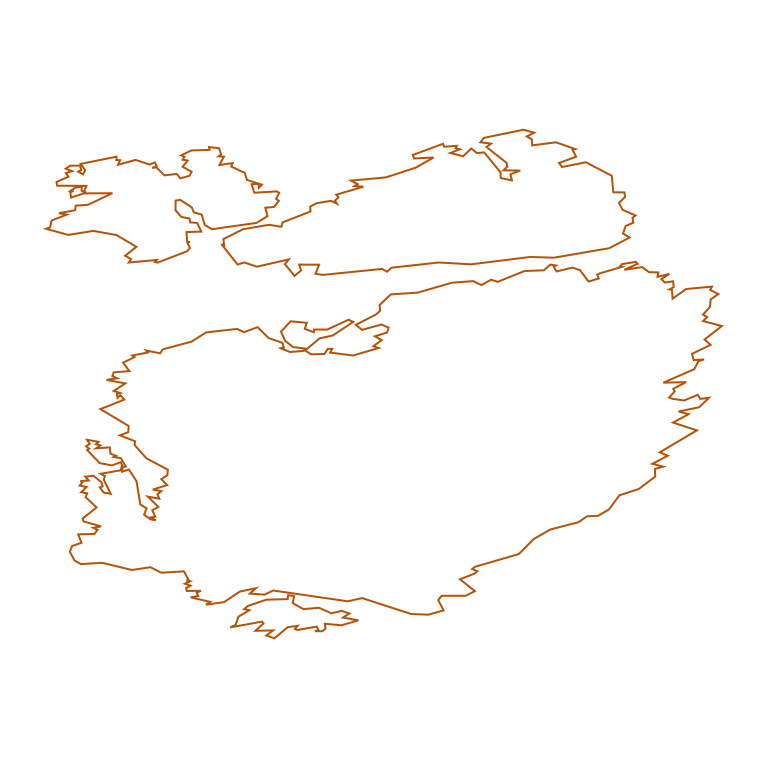 outline of Kristiansund nor, Møre og Romsdal, Norway
{"feature_id": "86288312B88311782618273", "entity_name": "Kristiansund nor", "entity_type": "district", "adm_level": 2, "iso_a3": "NOR", "parent_name": "Norway", "parent_adm1": "Møre og Romsdal", "projection": "robinson", "projection_center": [7.776, 63.078], "detail": "fine", "context": "isolated", "style": "outline", "palette": "amber", "viewbox_px": 768, "rotation_deg": 0, "n_neighbors": 0, "source": "geoboundaries", "source_scale": "gbopen_adm2", "svg_char_len": 6064}
<svg xmlns="http://www.w3.org/2000/svg" viewBox="0 0 768 768"><path d="M555.9,265.5L550.4,264.6L543.8,270.3L524.5,271.0L497.7,281.8L491.1,279.7L481.4,285.1L473.3,281.1L452.0,282.7L417.8,292.6L390.8,294.4L379.6,305.1L380.2,310.6L376.0,314.5L355.9,324.8L362.0,329.9L381.3,324.5L388.7,327.6L387.2,332.4L374.9,336.3L381.7,340.1L373.4,346.2L378.6,348.0L353.1,355.5L330.2,352.6L332.2,348.9L327.7,348.9L324.5,354.0L311.0,354.3L305.2,350.5L319.6,338.3L332.8,335.5L353.2,321.9L348.6,319.7L327.2,329.6L314.1,329.5L313.8,332.3L304.8,328.8L306.8,322.8L290.6,321.3L281.0,331.7L285.2,340.9L293.1,347.1L304.9,348.5L303.7,350.9L290.1,352.0L280.7,348.3L283.8,347.5L282.4,342.8L268.7,338.1L257.6,327.2L244.0,332.2L237.0,328.9L206.2,332.4L191.4,341.7L162.9,349.3L160.2,353.3L146.0,350.5L147.8,352.5L132.3,355.5L134.5,357.1L123.1,362.7L129.4,371.1L113.7,372.3L112.4,376.1L117.1,378.3L106.5,379.9L125.3,383.4L113.8,390.9L120.1,393.0L116.9,393.8L117.5,397.9L120.3,395.2L124.3,399.6L100.4,409.1L128.7,426.0L128.2,432.2L119.9,435.3L135.1,441.3L134.6,445.0L146.4,458.3L167.8,469.7L167.4,475.2L161.3,479.1L167.2,485.1L152.8,489.6L161.3,491.1L157.5,494.3L159.3,498.7L147.8,496.6L158.4,507.0L152.3,510.2L155.2,516.7L150.7,517.5L155.8,520.3L150.4,519.3L144.1,514.7L146.6,508.3L140.3,504.4L136.5,481.2L128.9,469.5L122.1,471.7L122.6,467.1L125.8,466.6L120.8,458.1L113.7,457.0L115.9,455.8L110.4,453.7L109.9,447.4L96.1,448.3L100.3,445.4L96.0,444.2L98.5,441.8L87.0,439.8L89.7,443.9L86.1,446.3L89.2,448.6L87.2,450.0L99.7,463.1L111.9,465.4L120.7,462.2L122.2,465.4L120.5,470.3L100.8,473.8L104.9,476.0L103.8,479.8L110.7,493.8L103.7,492.6L99.8,487.4L102.6,486.4L101.5,482.3L93.3,475.7L85.3,476.7L88.8,480.5L80.3,481.1L82.7,481.9L79.7,485.6L86.6,487.0L81.2,492.2L87.2,493.4L85.6,497.2L96.6,507.4L82.6,518.6L83.6,521.4L101.1,526.4L93.3,527.8L97.5,529.8L94.5,533.9L78.2,534.4L81.5,542.8L72.1,546.0L69.8,551.8L74.6,560.6L80.9,564.1L102.3,562.8L131.9,570.0L150.4,567.2L161.3,572.7L183.9,571.4L188.8,580.1L186.4,580.4L190.1,581.3L184.9,583.7L190.5,585.7L186.1,588.0L186.8,591.0L200.9,590.8L196.7,592.7L198.2,596.0L190.6,597.3L210.2,601.9L206.0,604.7L224.1,602.1L239.7,591.6L255.9,588.2L249.8,593.6L264.4,594.6L273.2,590.5L347.7,601.3L362.1,598.1L411.2,614.0L428.3,614.7L443.6,610.4L438.2,600.0L441.6,595.8L465.6,595.8L474.9,591.1L460.0,579.3L474.5,573.6L477.3,571.2L472.2,569.0L475.0,566.8L518.9,554.0L533.6,539.1L550.3,529.5L578.5,522.2L587.0,516.3L598.1,515.8L609.0,509.4L619.4,495.3L638.8,489.0L655.2,476.6L655.0,468.9L663.3,466.7L652.4,463.8L667.8,455.7L659.8,452.3L696.9,430.4L673.0,422.6L688.6,414.2L678.5,411.5L699.1,407.3L708.9,397.8L700.2,398.9L697.9,394.8L684.1,400.5L672.5,398.8L669.1,397.5L674.7,391.5L673.3,388.8L686.1,382.1L663.3,382.7L694.3,369.2L698.4,361.3L704.1,359.4L693.7,360.1L692.0,353.8L710.6,344.9L704.6,339.5L721.9,326.0L703.1,321.1L707.1,317.1L703.0,314.6L710.0,306.9L710.7,299.4L718.4,294.1L710.2,289.9L712.0,286.6L686.3,289.0L672.6,298.6L672.0,290.0L669.3,289.4L673.7,287.2L673.1,281.3L664.9,282.5L661.4,279.1L669.3,273.9L657.5,276.8L658.4,272.4L649.1,272.2L642.1,267.1L624.3,269.8L637.6,263.8L635.7,261.9L621.9,264.1L620.1,266.2L622.1,266.8L599.8,273.4L597.2,274.7L598.8,278.5L588.5,281.5L580.1,270.2L572.5,267.6L556.5,271.4L553.8,266.7L555.9,265.5ZM523.5,129.7L483.9,137.9L480.4,142.3L491.0,143.6L486.5,147.0L506.6,162.9L507.4,166.6L503.5,170.3L520.3,170.6L510.5,174.2L511.9,180.4L500.7,178.0L500.6,172.4L484.2,152.4L477.0,153.1L471.3,148.5L463.1,156.3L450.3,153.0L459.8,149.3L455.6,148.3L456.8,145.8L444.2,146.7L443.0,143.8L412.8,155.0L414.1,158.5L433.6,157.5L415.9,167.6L385.8,177.4L351.0,180.6L357.6,184.1L354.5,186.1L363.5,186.7L336.3,194.7L338.5,197.3L334.9,200.7L336.9,203.7L331.0,200.8L316.8,203.2L310.2,206.6L310.5,211.5L282.5,222.4L281.4,226.8L269.1,224.8L243.1,229.2L223.4,239.1L224.2,245.5L221.4,244.1L237.5,264.5L244.4,262.5L256.9,266.7L288.8,259.4L284.9,264.1L294.5,275.9L301.1,270.5L299.1,264.6L319.1,264.7L315.5,273.8L322.8,274.9L382.2,268.9L387.0,271.7L391.6,267.7L438.5,262.5L471.2,264.3L529.9,257.0L553.9,257.7L609.3,248.2L629.6,237.5L623.0,233.5L625.7,225.9L633.3,222.7L632.5,217.8L635.6,215.5L622.5,209.8L619.0,202.9L625.0,197.0L624.5,192.4L613.3,192.3L611.8,175.8L585.9,162.3L562.0,167.0L559.1,162.9L576.1,156.8L572.5,149.7L575.1,149.0L555.9,142.3L532.2,145.4L531.9,139.5L526.8,136.4L534.2,132.7L523.5,129.7ZM219.1,148.3L209.0,147.0L209.6,149.9L191.5,150.4L181.1,155.4L184.5,156.8L182.6,159.7L187.7,160.5L182.6,166.8L191.6,171.7L189.5,175.8L180.3,178.3L176.8,174.0L164.3,175.3L156.5,167.4L152.2,167.9L156.7,166.1L154.8,162.3L149.6,164.6L135.6,159.9L118.0,164.8L120.2,160.2L116.4,160.0L116.5,156.7L80.7,163.9L85.2,170.4L83.0,174.4L78.2,171.6L81.2,170.1L80.0,165.6L70.3,165.7L65.7,168.7L72.0,171.1L65.9,173.0L68.5,176.7L56.5,182.0L57.2,185.7L86.4,185.9L84.2,190.9L86.4,193.3L81.6,190.7L81.8,186.8L75.5,187.5L70.6,190.8L73.5,190.8L70.3,192.5L71.0,197.5L84.0,193.4L112.4,193.2L88.0,204.8L75.8,205.6L75.1,210.2L58.9,213.2L66.8,214.6L51.6,220.5L50.0,227.4L46.1,228.8L68.2,234.9L93.3,230.9L116.4,235.0L136.4,246.8L125.2,255.7L131.1,259.1L128.8,262.5L156.8,260.0L155.0,262.0L157.7,262.6L187.2,251.2L189.9,247.9L187.5,242.9L189.9,242.0L187.2,241.9L186.5,232.1L201.3,231.6L197.1,222.9L190.2,222.4L189.5,218.6L181.3,216.9L175.5,210.3L175.6,200.6L180.2,199.8L191.9,207.5L193.7,212.2L201.7,214.6L204.8,225.0L212.0,229.2L256.6,222.9L267.5,216.1L265.3,207.7L274.0,207.0L278.9,200.8L276.1,198.9L279.2,192.8L276.7,191.4L254.3,192.7L251.6,184.2L258.7,183.8L258.9,187.8L261.8,184.7L246.9,179.9L244.9,173.0L231.2,166.5L232.6,163.1L219.4,165.0L223.9,156.7L218.6,156.4L221.1,154.5L219.1,148.3ZM292.7,603.1L294.1,596.2L288.1,595.1L287.7,599.1L266.3,599.7L247.9,605.9L244.2,609.1L249.3,610.3L238.4,616.7L235.6,624.9L230.2,627.4L262.0,621.6L263.5,623.4L255.5,630.8L273.1,630.4L266.4,635.5L274.4,638.3L287.7,627.2L297.6,625.8L294.9,628.9L297.2,630.0L316.7,626.6L318.6,630.2L314.9,631.2L322.3,631.2L325.4,628.7L324.9,623.8L341.4,625.3L358.4,620.3L343.0,617.6L349.4,613.5L341.7,610.9L331.3,613.3L319.0,607.8L303.4,609.1L292.7,603.1Z" fill="none" stroke="#b45309" stroke-width="2"/></svg>